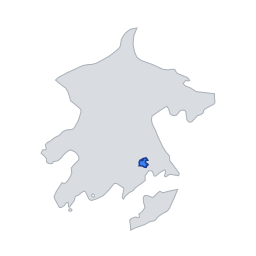 Shusha District, Şuşa, Azerbaijan shown in context, rotated 280°
{"feature_id": "54616110B49912296290484", "entity_name": "Shusha District", "entity_type": "district", "adm_level": 2, "iso_a3": "AZE", "parent_name": "Azerbaijan", "parent_adm1": "Şuşa", "projection": "albers", "projection_center": [46.676, 39.693], "detail": "fine", "context": "in_parent", "style": "filled", "palette": "blue", "viewbox_px": 256, "rotation_deg": 280, "n_neighbors": 0, "source": "geoboundaries", "source_scale": "gbopen_adm2", "svg_char_len": 4070}
<svg xmlns="http://www.w3.org/2000/svg" viewBox="0 0 256 256"><g transform="rotate(280 128 128)"><path d="M176.8,207.3L175.8,207.2L168.3,209.2L166.7,208.7L160.2,200.6L158.8,199.7L156.0,199.4L154.4,198.1L153.0,195.9L152.3,194.3L145.6,190.0L144.6,188.4L144.4,186.9L145.4,185.6L146.5,184.5L149.7,183.4L153.4,182.4L154.6,181.7L155.2,180.5L155.1,178.6L154.5,176.7L149.0,173.4L148.4,172.0L148.2,170.2L148.5,168.3L149.3,166.9L153.7,164.8L156.0,162.7L154.5,160.4L149.7,155.3L144.0,149.6L140.3,149.6L136.0,151.3L129.2,156.3L125.4,158.5L120.4,162.0L115.0,165.9L110.6,170.0L107.9,173.5L102.9,174.9L100.4,177.8L92.1,186.4L89.8,186.2L89.7,182.0L89.8,178.6L89.3,176.7L86.6,174.0L86.5,172.9L87.3,172.2L89.3,172.6L92.0,172.5L93.2,171.4L90.4,167.9L87.9,165.6L85.8,164.0L85.3,163.1L85.3,162.4L85.8,161.6L89.4,159.7L89.8,157.9L89.5,155.9L83.8,153.0L79.5,154.1L75.6,150.8L73.2,148.2L70.1,145.5L67.3,144.0L64.7,140.6L60.2,137.0L57.3,136.0L57.3,135.4L57.9,134.8L59.1,134.3L67.3,134.5L68.3,133.9L68.8,132.4L69.9,130.2L71.2,126.9L71.1,124.1L63.0,119.6L57.2,115.4L53.1,110.0L50.4,105.0L50.5,103.3L51.4,101.8L57.7,97.3L58.2,96.2L58.0,95.3L55.8,93.0L53.0,90.6L52.2,88.8L50.4,87.9L47.1,87.7L41.2,84.7L40.0,84.4L39.7,83.8L40.0,83.2L44.2,82.1L44.2,81.1L42.9,79.8L40.6,78.8L38.4,76.4L37.7,74.3L45.4,68.2L47.6,67.0L52.6,68.3L62.8,72.5L62.1,74.7L63.1,76.0L65.5,77.8L70.0,79.6L73.8,80.5L75.8,79.8L78.8,79.1L82.6,81.2L86.1,83.8L87.9,84.8L88.8,85.1L91.5,84.3L94.8,81.0L96.1,77.0L96.4,75.0L94.5,72.4L90.7,69.5L86.3,66.9L83.6,64.7L81.8,60.3L80.0,59.8L79.6,59.2L79.3,57.7L79.4,55.6L80.0,54.0L81.7,53.3L83.5,53.0L85.1,51.5L87.1,48.5L88.0,46.8L91.7,47.8L92.2,50.5L92.9,51.1L94.4,50.7L97.0,49.6L99.1,50.5L101.7,53.7L105.4,57.1L107.4,59.4L108.2,61.0L110.1,62.5L112.9,64.3L115.1,67.1L117.1,73.6L119.1,75.2L126.2,77.6L128.7,78.1L135.8,78.9L138.2,78.2L141.7,72.5L144.9,66.6L147.9,65.4L153.3,62.5L156.5,59.7L157.8,56.8L160.8,51.4L162.6,48.3L165.9,50.9L171.6,58.1L179.8,69.9L181.9,73.2L183.3,77.1L184.5,81.8L186.5,85.9L194.9,96.3L198.6,100.0L204.5,104.9L206.5,106.0L209.2,106.2L214.2,106.0L218.8,107.8L221.1,109.1L223.5,111.0L225.7,113.3L228.1,119.4L220.0,117.7L212.1,118.3L207.6,119.8L203.3,121.7L199.2,124.4L196.7,129.5L194.8,141.1L191.9,152.1L192.1,157.1L193.7,161.8L193.6,164.1L192.1,165.1L190.3,167.2L188.1,177.2L186.9,179.2L185.3,180.5L184.8,179.3L184.9,176.7L181.3,174.5L179.4,177.2L178.3,182.7L175.8,188.5L175.7,189.6L176.8,207.3ZM56.7,106.1L57.0,104.6L56.0,103.9L55.0,103.8L54.1,104.6L54.0,106.5L55.3,106.9L56.7,106.1ZM29.6,150.8L28.5,149.2L27.9,148.3L31.5,147.6L37.5,145.6L39.1,146.7L40.7,148.9L41.6,150.7L41.7,154.2L42.4,154.8L45.3,153.7L46.5,155.1L48.7,156.8L52.6,158.5L58.1,156.0L60.9,155.3L63.2,155.4L64.4,156.2L64.8,158.9L64.3,162.2L63.7,164.0L64.8,165.4L69.4,168.6L71.2,170.4L70.3,173.5L73.6,181.0L74.8,183.9L76.1,187.5L69.1,186.1L56.5,182.9L53.1,181.3L49.9,177.1L47.9,175.0L45.1,172.4L42.7,171.4L41.0,169.5L40.0,166.8L38.6,164.4L36.0,161.5L30.4,151.8L29.6,150.8ZM38.3,86.6L37.5,87.1L36.3,86.6L36.0,85.4L36.1,84.1L37.3,83.9L38.2,84.2L38.5,85.4L38.3,86.6Z" fill="#d9dde1" stroke="#a8b0b8" stroke-width="1"/><path d="M99.1,146.6L98.3,145.5L98.2,145.6L97.5,145.3L96.8,145.0L96.0,145.0L95.3,145.1L94.8,145.5L93.7,145.5L92.8,145.5L92.9,145.8L93.0,146.2L93.0,146.4L93.0,146.8L93.0,147.3L93.0,147.8L93.0,148.3L93.0,148.7L93.1,149.0L93.1,149.4L92.9,149.7L92.7,150.1L92.4,150.4L92.3,150.8L92.3,151.4L92.3,151.7L92.4,152.7L92.5,152.8L92.8,152.9L93.1,152.8L93.3,152.6L93.8,152.5L94.1,152.7L94.4,153.0L94.4,153.3L94.4,153.6L94.8,153.9L95.2,154.1L95.4,154.0L95.7,153.9L95.9,153.7L96.0,153.4L96.1,153.2L96.2,152.9L96.3,152.7L96.3,152.4L96.3,152.1L96.4,151.9L96.7,151.6L97.0,151.4L97.3,151.1L97.6,151.1L98.1,151.0L98.6,151.0L98.8,151.2L99.0,151.5L99.3,151.7L99.4,151.9L99.4,152.3L99.5,152.6L99.7,153.1L100.6,152.3L101.8,150.8L101.5,150.5L101.3,150.1L101.0,149.7L101.0,149.2L100.8,148.8L100.5,148.4L100.3,147.7L99.9,147.6L99.7,147.8L99.4,148.3L98.9,148.3L98.7,148.1L98.6,147.9L98.4,147.6L98.3,147.3L98.3,147.1L98.5,146.8L98.7,146.6L99.0,146.6L99.1,146.6Z" fill="#3b82f6" stroke="#1e3a8a" stroke-width="1.5"/></g></svg>